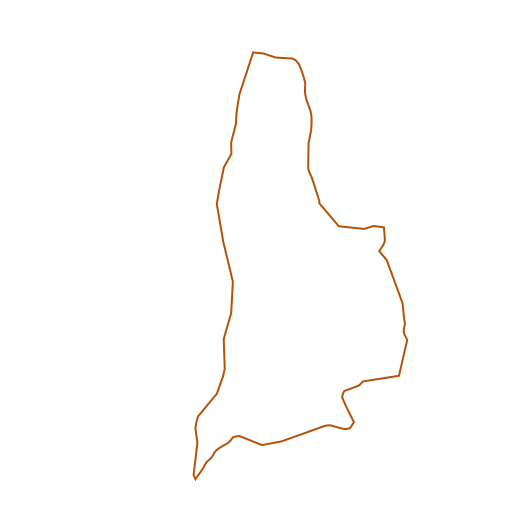 map outline of Quindío (Natural Earth projection), rotated 161°
{"feature_id": "COL-1400", "entity_name": "Quindío", "entity_type": "Department", "adm_level": 1, "iso_a3": "COL", "parent_name": "Colombia", "parent_adm1": "", "projection": "natural_earth1", "projection_center": [-75.678, 4.399], "detail": "fine", "context": "isolated", "style": "outline", "palette": "amber", "viewbox_px": 512, "rotation_deg": 161, "n_neighbors": 0, "source": "natural_earth", "source_scale": "10m", "svg_char_len": 1168}
<svg xmlns="http://www.w3.org/2000/svg" viewBox="0 0 512 512"><g transform="rotate(161 256 256)"><path d="M385.9,64.7L386.3,69.3L372.2,98.5L369.4,112.8L366.1,118.9L362.9,123.3L337.9,138.5L326.3,153.0L322.3,159.5L313.5,188.1L298.1,210.0L286.2,239.3L282.3,280.3L276.1,318.0L270.0,329.2L257.5,350.3L246.0,360.6L242.6,371.3L231.8,387.8L228.0,397.3L219.3,413.9L192.4,449.4L182.8,444.9L172.9,437.3L157.2,430.8L154.6,427.9L152.9,423.3L152.5,413.8L153.0,403.8L156.1,395.9L157.0,391.6L157.5,386.6L157.2,375.7L158.1,369.9L160.2,363.5L162.8,357.2L169.6,345.4L177.8,322.9L178.4,319.6L177.7,311.3L178.2,287.3L179.0,285.3L168.0,257.1L144.9,246.4L135.0,246.1L125.7,241.4L129.0,228.8L130.4,226.9L132.1,224.9L137.9,220.5L133.7,209.4L132.8,163.7L136.4,148.3L137.1,143.6L140.2,138.3L141.3,135.1L140.4,127.3L159.8,96.2L195.6,102.6L200.9,100.0L216.4,99.6L218.8,97.4L220.6,94.1L219.8,84.5L217.5,67.0L223.2,62.6L227.2,62.9L230.8,64.8L241.2,71.9L245.9,73.0L292.2,72.4L311.9,75.3L330.3,91.2L333.2,91.8L336.9,92.1L340.0,89.9L343.8,88.2L352.0,86.7L356.3,85.4L359.3,83.7L362.5,80.7L364.5,79.5L368.9,77.7L372.1,75.5L374.5,73.0L385.9,64.7Z" fill="none" stroke="#b45309" stroke-width="2"/></g></svg>